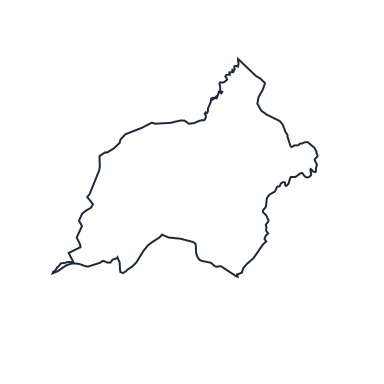 an SVG outline of HaZafon, rotated 209°
{"feature_id": "ISR-3056", "entity_name": "HaZafon", "entity_type": "District", "adm_level": 1, "iso_a3": "ISR", "parent_name": "Israel", "parent_adm1": "", "projection": "albers", "projection_center": [35.33, 32.896], "detail": "fine", "context": "isolated", "style": "outline", "palette": "slate", "viewbox_px": 384, "rotation_deg": 209, "n_neighbors": 0, "source": "natural_earth", "source_scale": "10m", "svg_char_len": 4075}
<svg xmlns="http://www.w3.org/2000/svg" viewBox="0 0 384 384"><g transform="rotate(209 192 192)"><path d="M216.2,330.7L197.7,325.9L192.4,324.5L186.9,324.3L180.9,322.6L179.7,315.7L179.8,307.3L177.7,301.0L170.9,296.7L164.1,295.9L149.7,296.6L145.6,295.1L139.1,289.7L136.0,288.1L135.5,286.9L129.0,280.7L128.3,280.2L127.2,279.6L126.9,279.7L126.5,280.0L125.9,280.6L125.3,281.9L125.0,282.2L124.8,282.6L124.4,282.8L122.3,283.9L122.0,284.2L121.7,284.5L121.5,284.9L121.4,285.4L121.3,285.9L121.1,286.4L120.7,286.9L119.4,287.7L119.0,288.0L118.8,288.4L118.6,288.8L118.1,289.4L117.5,290.1L115.9,291.2L115.0,291.6L114.3,291.7L113.8,291.5L113.4,291.4L106.7,290.1L105.7,289.6L105.0,289.0L103.5,288.2L102.8,287.7L102.4,287.1L102.1,286.6L101.7,286.1L100.2,285.1L99.8,284.7L99.7,284.3L99.6,283.7L99.7,283.2L100.3,281.3L100.4,280.2L100.3,279.6L99.9,279.2L96.9,277.1L95.9,276.3L95.7,275.9L95.6,275.4L95.5,274.9L95.5,274.3L95.3,273.6L95.0,272.6L94.0,271.0L93.7,270.1L93.7,269.5L93.9,269.1L94.3,268.9L94.8,268.8L95.9,268.7L96.3,268.8L97.0,269.0L98.3,269.5L99.3,269.7L99.4,269.3L99.0,268.5L97.2,266.5L96.5,265.4L96.1,264.6L96.2,264.0L96.4,263.0L96.5,262.6L97.0,261.8L97.3,261.4L97.9,260.8L98.2,260.6L98.7,260.4L99.2,260.3L99.7,260.2L100.3,260.2L101.3,260.5L104.2,261.8L104.7,261.9L105.2,261.8L105.6,261.6L105.9,261.3L106.6,260.1L108.3,256.3L108.8,255.5L109.1,255.2L109.4,254.9L112.7,253.1L112.9,252.5L112.8,251.4L111.7,246.5L111.7,246.0L112.0,244.4L112.3,243.5L112.5,243.1L112.9,242.9L113.3,242.9L113.7,243.1L114.0,243.4L114.7,244.6L114.9,244.9L115.2,245.3L115.6,245.4L116.0,245.4L116.4,245.2L116.7,245.0L117.3,244.3L117.9,243.6L118.2,242.8L118.3,242.3L118.3,241.7L118.1,240.3L118.3,239.6L118.5,239.1L119.7,238.4L120.0,237.8L120.1,237.0L119.7,233.2L119.8,232.7L120.1,231.9L120.3,231.6L122.6,228.0L122.9,227.3L123.1,226.3L123.4,224.0L123.4,223.0L123.3,222.2L121.0,217.0L120.5,215.7L120.3,214.7L120.3,214.2L120.9,210.8L120.9,209.9L120.7,209.4L120.3,209.1L119.5,208.6L116.1,207.6L115.3,207.3L114.9,207.0L114.2,206.5L113.9,206.1L113.3,205.6L111.4,204.3L111.1,203.7L111.0,203.2L111.5,199.8L111.5,199.0L111.2,198.5L110.3,197.9L109.9,197.3L109.5,196.5L108.7,194.7L108.1,193.9L107.5,193.5L105.9,193.0L105.4,192.8L106.3,189.3L105.9,186.1L103.1,184.7L104.5,180.6L106.1,164.1L109.2,155.4L110.2,150.2L109.3,145.5L110.3,144.5L111.5,142.8L112.6,141.9L111.0,140.1L112.1,139.8L112.3,139.7L130.5,141.1L131.5,140.7L134.0,138.7L135.5,138.2L136.8,138.3L140.0,139.1L141.6,139.2L150.1,136.4L152.8,136.4L154.0,137.0L155.3,137.6L157.9,139.6L160.1,142.4L161.7,145.6L163.8,148.4L166.8,148.8L179.6,145.5L190.5,140.8L197.5,140.2L198.6,136.0L202.8,128.4L204.7,123.9L205.9,117.0L206.5,103.6L208.2,97.6L210.3,93.9L211.6,90.2L213.1,87.6L215.8,87.3L217.1,88.9L221.2,95.4L224.1,97.5L225.5,98.7L225.6,97.6L228.7,94.3L229.1,90.7L231.6,89.3L236.4,88.7L238.3,85.3L246.9,76.2L250.9,75.1L253.9,74.8L257.1,73.9L260.2,72.5L262.9,70.8L266.6,66.6L271.1,57.5L274.5,53.3L274.8,54.8L273.6,56.5L273.3,60.9L272.6,62.4L272.1,66.0L268.3,68.8L266.6,70.7L261.6,73.0L270.3,78.9L262.8,89.7L264.4,91.8L270.8,96.3L271.7,108.9L276.9,112.1L277.6,119.9L275.2,125.2L272.7,129.3L272.7,133.3L281.2,136.8L280.5,140.4L283.7,166.2L285.0,169.6L290.3,178.5L287.2,184.6L285.6,185.1L281.7,191.8L279.1,199.9L280.0,203.3L278.2,210.3L266.9,223.9L260.9,233.0L256.9,234.1L244.4,242.0L236.8,248.9L233.2,250.8L227.8,250.2L223.6,253.2L220.1,257.8L218.1,259.6L216.5,260.3L216.0,261.2L215.9,263.4L216.8,265.4L218.7,266.5L218.7,268.2L217.2,268.2L217.2,270.2L218.5,272.7L219.2,279.7L220.5,283.0L219.5,284.5L219.2,284.6L219.1,284.0L218.8,283.0L218.2,284.0L217.2,286.9L215.8,285.0L216.6,290.7L217.2,292.5L214.1,292.5L214.1,294.3L215.3,294.2L216.3,294.2L217.9,296.6L218.4,297.8L220.5,300.0L220.5,301.7L218.5,302.3L217.1,303.8L216.3,305.6L215.8,307.4L216.7,308.0L217.2,308.5L217.8,308.9L218.8,309.1L218.8,311.1L217.4,312.1L215.8,312.8L217.3,314.7L214.2,316.7L214.7,317.2L215.1,317.1L215.5,317.3L215.9,318.5L214.2,318.5L214.2,320.2L215.6,321.6L215.8,322.7L214.8,323.5L212.6,323.9L213.6,326.9L214.2,327.8L215.3,329.0L216.2,330.7Z" fill="none" stroke="#1e293b" stroke-width="2"/></g></svg>